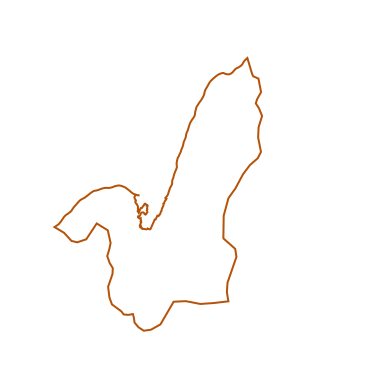 outline of Bimbo, Ombella-M'Poko, Central African Republic, rotated 215°
{"feature_id": "33826404B89402945162763", "entity_name": "Bimbo", "entity_type": "district", "adm_level": 2, "iso_a3": "CAF", "parent_name": "Central African Republic", "parent_adm1": "Ombella-M'Poko", "projection": "equal_earth", "projection_center": [18.582, 4.266], "detail": "fine", "context": "isolated", "style": "outline", "palette": "amber", "viewbox_px": 384, "rotation_deg": 215, "n_neighbors": 0, "source": "geoboundaries", "source_scale": "gbopen_adm2", "svg_char_len": 5460}
<svg xmlns="http://www.w3.org/2000/svg" viewBox="0 0 384 384"><g transform="rotate(215 192 192)"><path d="M181.4,53.7L177.7,52.5L173.7,54.8L170.4,58.1L167.2,55.4L164.2,52.1L158.2,50.5L151.9,50.7L146.6,55.7L141.9,65.5L144.1,91.6L134.5,99.0L120.9,105.1L110.4,113.6L99.5,123.3L106.0,130.0L110.9,138.1L118.4,164.4L124.0,170.2L139.7,172.0L152.4,190.7L158.6,207.8L158.5,219.9L160.4,235.9L160.0,247.3L157.5,257.4L158.5,264.4L169.2,274.7L174.6,283.3L178.2,294.5L185.2,299.0L190.6,301.2L191.9,305.5L192.7,313.4L202.6,323.0L208.4,321.9L210.9,323.5L223.5,333.5L224.1,330.6L224.3,328.9L224.2,327.2L224.0,325.4L224.3,323.8L224.8,322.1L225.3,320.9L226.2,319.4L226.9,317.8L227.2,315.9L227.3,314.6L227.4,313.1L227.9,311.8L228.4,310.6L229.4,309.4L230.5,308.7L232.7,307.8L234.4,307.6L235.7,306.5L237.4,304.1L238.6,301.1L239.8,296.6L240.1,295.1L240.4,292.8L240.4,291.5L240.2,289.3L239.9,286.9L239.8,284.9L239.6,283.0L238.8,280.6L238.0,278.9L237.5,276.3L237.2,272.6L237.3,268.7L237.1,264.5L236.3,262.0L235.2,259.3L234.1,257.2L233.5,255.5L233.4,253.7L233.4,250.7L233.3,248.7L232.8,246.2L231.8,243.0L230.8,240.0L230.4,237.6L229.8,235.8L229.0,234.3L228.2,232.1L227.8,229.9L227.3,227.8L226.6,226.3L226.0,224.7L225.5,223.1L225.0,220.5L224.4,218.9L224.0,217.2L223.8,215.5L223.3,213.7L223.3,211.9L221.9,208.3L220.9,206.4L219.8,205.1L219.1,204.3L218.5,203.4L218.0,201.7L217.5,199.3L216.9,196.8L216.2,194.7L215.3,192.6L215.1,191.1L214.6,189.7L213.7,188.5L212.8,186.8L212.5,184.7L212.3,182.6L211.8,181.0L211.2,179.0L210.3,176.2L210.1,174.1L210.3,172.4L210.7,171.4L210.6,171.5L210.0,171.3L209.7,171.2L209.3,171.2L209.0,171.4L208.9,170.4L209.0,169.3L209.0,169.0L208.9,168.4L208.8,167.8L208.7,167.6L208.5,167.3L208.5,167.2L208.4,167.0L208.3,166.7L208.7,166.0L208.2,165.5L208.1,165.3L208.0,165.2L207.9,164.9L207.7,164.5L207.6,164.4L207.6,164.2L207.6,163.9L207.5,163.6L207.5,163.2L207.3,162.8L207.3,162.6L207.3,162.2L207.2,162.0L207.1,161.7L207.0,161.3L206.9,160.8L206.8,160.4L206.6,160.1L206.5,159.8L206.4,159.5L206.2,159.1L206.1,158.9L206.2,158.6L206.2,157.9L206.1,157.6L205.9,157.2L205.8,156.7L205.7,156.5L205.6,156.1L205.5,155.7L205.5,154.6L205.7,154.4L205.8,154.3L205.6,153.1L206.8,152.7L206.0,148.6L206.8,148.1L206.0,144.3L205.4,141.2L204.8,138.2L204.8,137.8L204.9,137.6L205.1,137.3L205.3,137.2L205.6,137.0L205.8,137.0L206.1,136.9L206.4,136.8L206.8,136.7L207.2,136.6L207.3,136.6L207.2,136.2L208.0,135.2L210.8,133.8L211.3,133.4L211.5,133.0L211.5,132.6L211.6,132.8L211.8,133.3L212.1,133.6L212.4,133.9L212.6,133.9L213.1,133.7L213.3,133.6L213.8,133.3L214.1,133.3L214.2,133.5L214.1,133.8L214.0,134.2L214.1,134.6L214.4,134.9L214.7,134.8L215.2,134.6L215.4,134.4L215.5,134.5L215.7,135.0L215.7,135.4L215.6,135.7L215.6,135.9L215.8,136.1L215.9,136.5L216.1,136.7L216.1,137.2L216.1,137.7L216.1,138.0L216.3,138.3L216.5,138.3L216.7,138.2L217.2,138.3L217.3,138.5L217.3,139.1L217.3,139.3L217.7,139.7L217.9,139.9L218.2,140.0L218.5,140.2L218.6,140.4L218.8,140.8L219.0,141.1L219.6,140.3L220.1,140.3L221.1,140.1L221.7,140.4L222.1,140.7L222.2,141.2L221.1,142.1L221.1,143.0L221.3,144.1L221.4,144.6L221.7,145.3L221.7,145.7L221.4,146.3L220.9,146.9L220.3,147.3L218.5,147.2L218.3,147.1L218.1,146.7L217.9,146.7L217.6,146.7L217.3,146.9L217.1,146.9L216.9,147.3L216.9,147.5L216.9,147.9L217.0,148.2L217.1,148.6L217.0,149.1L217.0,149.7L217.0,149.9L217.0,150.0L217.3,150.2L217.5,150.4L217.7,150.6L218.2,151.0L218.5,151.1L218.6,151.5L218.6,152.1L218.8,152.3L219.1,152.4L219.4,152.6L219.4,152.9L219.4,153.1L219.5,153.3L219.8,153.7L220.2,154.2L220.3,154.4L220.3,154.7L220.4,154.9L220.4,155.2L220.6,155.4L220.8,155.6L221.2,155.6L221.3,155.4L221.4,155.0L221.5,154.9L221.7,155.1L221.7,155.4L221.8,155.5L222.0,155.5L222.3,155.4L222.5,155.4L222.7,155.5L223.0,155.5L223.4,155.6L223.5,155.5L223.9,155.4L224.0,155.2L223.9,154.1L223.9,153.7L223.8,153.3L223.8,152.9L224.1,152.2L224.1,151.9L223.9,151.4L223.8,150.8L223.8,150.4L224.0,150.1L224.3,149.9L224.7,149.5L224.7,149.1L224.4,147.7L224.2,147.2L224.2,146.8L224.3,146.5L224.4,146.4L224.3,146.2L224.0,145.4L223.8,144.9L223.7,144.6L223.7,144.4L224.0,144.6L224.3,144.8L224.7,144.8L224.8,144.8L225.0,144.8L225.3,144.9L225.4,145.2L225.5,145.3L225.7,145.6L225.8,145.9L225.8,146.0L226.0,146.4L226.1,146.7L226.1,147.0L226.3,147.1L226.5,147.2L226.7,147.3L226.9,147.5L227.0,148.1L228.6,149.6L229.0,149.7L229.5,149.9L229.8,150.3L230.1,150.4L231.5,150.5L232.0,150.9L232.5,151.2L232.7,151.3L232.8,151.4L233.0,151.8L233.2,152.1L233.1,152.3L232.9,152.7L233.6,153.2L235.2,153.8L236.3,154.8L236.5,156.7L236.2,157.7L235.4,157.9L235.0,158.0L233.8,158.7L233.1,159.2L233.7,158.7L234.9,158.0L236.3,157.7L238.2,157.1L239.5,156.9L240.9,156.9L242.7,157.1L245.0,157.3L247.9,157.4L249.6,157.4L250.8,157.2L251.6,156.9L253.0,156.6L254.1,156.2L255.1,155.7L255.9,155.3L257.0,154.1L258.5,152.5L260.0,150.2L260.6,149.5L261.8,148.2L263.1,147.1L264.7,146.2L265.6,145.5L267.8,143.1L268.7,141.7L269.7,140.2L271.5,138.0L272.3,137.4L273.2,136.1L273.9,134.6L274.6,132.6L275.2,130.4L275.6,129.0L276.3,126.9L276.8,125.4L277.7,123.8L278.6,122.0L279.1,120.2L279.4,118.0L279.6,115.9L279.7,114.6L280.0,113.1L280.1,111.2L280.1,109.7L280.0,107.8L280.2,106.2L280.6,104.8L281.0,103.5L281.5,102.3L282.0,101.0L282.3,99.6L282.5,98.5L282.5,97.4L282.5,95.4L282.4,92.7L282.7,89.5L283.2,87.9L284.5,84.4L273.4,85.2L262.7,82.8L257.2,84.9L251.5,92.6L252.0,111.6L239.0,112.3L229.4,103.5L227.0,97.9L224.7,90.9L218.7,86.6L213.2,84.2L210.1,79.3L206.4,66.3L199.1,58.2L193.1,54.0L181.4,53.7Z" fill="none" stroke="#b45309" stroke-width="2"/></g></svg>